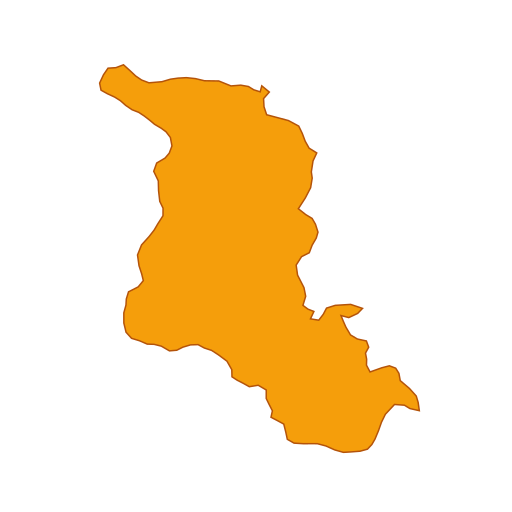 Timóteo, Minas Gerais, Brazil (Robinson projection), rotated 82°
{"feature_id": "56859067B99437992340006", "entity_name": "Timóteo", "entity_type": "district", "adm_level": 2, "iso_a3": "BRA", "parent_name": "Brazil", "parent_adm1": "Minas Gerais", "projection": "robinson", "projection_center": [-42.602, -19.554], "detail": "fine", "context": "isolated", "style": "filled", "palette": "amber", "viewbox_px": 512, "rotation_deg": 82, "n_neighbors": 0, "source": "geoboundaries", "source_scale": "gbopen_adm2", "svg_char_len": 2167}
<svg xmlns="http://www.w3.org/2000/svg" viewBox="0 0 512 512"><g transform="rotate(82 256 256)"><path d="M88.3,226.6L94.0,229.0L91.1,235.1L87.1,239.9L84.7,247.3L84.1,257.1L77.5,268.5L75.3,282.6L71.9,291.3L69.7,300.1L69.0,308.5L69.0,316.1L70.3,324.9L69.6,337.9L65.8,344.8L61.0,350.1L54.4,355.4L48.2,360.6L50.0,368.5L49.4,376.4L55.3,381.8L63.0,386.8L70.2,386.4L74.6,380.6L79.0,373.8L83.3,368.7L88.7,364.1L93.9,358.4L97.4,352.2L101.8,347.2L106.8,342.3L111.4,338.2L116.2,332.2L120.5,327.8L126.7,324.3L135.3,323.9L142.1,327.6L146.4,332.5L150.1,341.4L157.9,345.5L168.0,342.3L177.7,343.4L188.5,343.7L195.7,341.4L203.2,342.5L210.4,348.7L216.2,353.3L221.9,359.2L229.1,367.8L238.5,373.2L249.4,373.2L257.8,371.7L264.7,371.0L270.2,377.0L273.7,387.2L280.5,390.4L286.5,391.6L293.9,394.8L304.0,396.2L313.4,395.3L320.2,390.7L323.7,383.2L328.1,376.0L329.3,369.2L332.1,362.3L337.9,354.9L338.3,347.6L336.1,341.1L334.9,333.2L335.7,325.7L339.9,320.0L343.3,313.1L348.6,307.0L356.1,299.4L365.2,295.8L372.3,296.6L376.4,291.9L380.4,286.2L384.5,280.8L384.3,271.8L390.1,264.5L398.5,265.7L404.4,263.8L411.6,261.3L417.8,263.6L422.0,257.7L426.3,251.9L434.7,251.0L441.9,250.5L446.6,244.4L448.5,235.1L449.4,228.3L450.4,221.4L453.8,213.3L459.0,205.0L462.6,196.8L463.2,189.5L463.8,180.1L462.8,172.5L458.8,167.5L453.8,163.6L446.0,159.0L438.1,154.9L430.7,149.9L422.3,139.5L424.4,129.8L428.5,124.8L431.9,115.8L423.6,115.8L417.0,116.8L408.5,122.5L399.5,130.5L392.1,130.8L386.5,133.3L383.3,139.2L384.2,147.0L386.7,159.2L379.5,161.8L373.6,160.8L367.4,161.1L362.0,157.1L355.5,158.5L352.3,167.2L347.3,173.4L338.9,176.9L332.5,178.7L326.8,180.1L329.9,172.7L327.0,163.3L322.7,157.8L317.1,169.0L315.9,184.4L317.4,193.4L323.1,197.5L328.3,202.8L325.8,210.8L319.0,206.4L315.8,212.0L311.4,216.4L302.8,212.4L294.0,212.9L280.7,217.5L270.6,217.5L263.0,211.0L260.2,202.8L253.1,198.9L246.6,193.8L241.0,191.3L232.8,192.7L226.6,195.2L221.9,201.0L215.1,207.5L205.4,199.1L196.0,192.4L186.7,189.5L180.4,189.5L169.8,186.3L162.4,181.5L156.6,188.4L149.2,191.3L141.1,193.1L133.3,195.6L126.4,205.0L121.4,216.8L117.6,225.8L109.3,227.3L101.2,226.6L95.5,220.0L88.3,226.6Z" fill="#f59e0b" stroke="#b45309" stroke-width="1.5"/></g></svg>